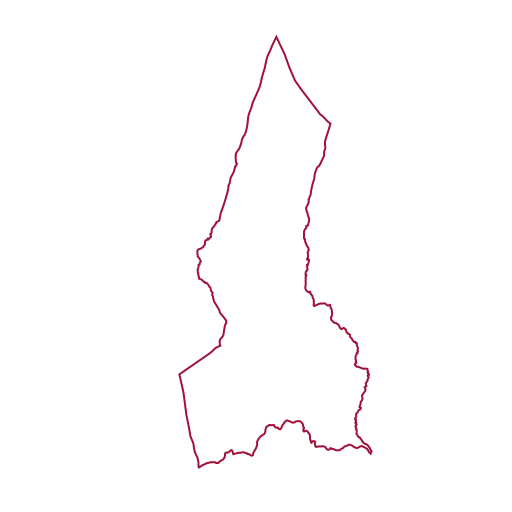 the district of Hai, Kilimanjaro, United Republic of Tanzania, rotated 351°
{"feature_id": "72390352B77483544974211", "entity_name": "Hai", "entity_type": "district", "adm_level": 2, "iso_a3": "TZA", "parent_name": "United Republic of Tanzania", "parent_adm1": "Kilimanjaro", "projection": "robinson", "projection_center": [37.242, -3.24], "detail": "fine", "context": "isolated", "style": "outline", "palette": "rose", "viewbox_px": 512, "rotation_deg": 351, "n_neighbors": 0, "source": "geoboundaries", "source_scale": "gbopen_adm2", "svg_char_len": 6153}
<svg xmlns="http://www.w3.org/2000/svg" viewBox="0 0 512 512"><g transform="rotate(351 256 256)"><path d="M166.3,456.6L166.3,456.3L170.1,454.3L172.5,453.8L174.1,453.1L179.8,452.6L180.7,453.0L183.1,453.2L184.1,454.1L186.1,454.6L188.9,452.8L191.6,451.8L193.1,450.5L194.0,448.8L194.6,446.3L195.1,445.7L195.8,445.5L198.1,445.7L201.1,443.8L201.8,444.2L202.3,445.4L202.6,448.2L207.7,447.6L210.7,448.0L211.6,447.7L212.9,447.9L216.7,449.8L216.6,450.1L218.4,450.8L219.2,451.8L220.2,452.4L221.3,452.5L221.8,452.2L222.4,450.2L226.0,445.8L227.6,442.7L228.0,439.6L228.4,439.0L230.5,436.4L232.5,434.8L234.0,434.0L236.1,433.3L236.6,432.8L237.6,431.1L238.3,428.9L239.5,426.3L242.1,425.4L242.7,424.9L244.6,425.5L247.2,425.7L247.6,426.9L248.3,428.3L249.2,428.8L250.5,428.8L251.7,430.5L252.9,430.9L253.8,430.3L255.4,427.5L256.8,426.3L257.8,425.1L259.8,423.5L260.9,423.2L263.4,424.5L266.0,426.3L267.8,426.4L269.6,425.6L272.1,425.7L273.6,426.1L274.6,426.9L275.9,429.2L276.1,430.3L275.9,431.7L276.5,433.1L276.5,433.7L275.5,434.8L275.5,436.3L275.7,436.7L276.2,436.9L277.3,436.4L277.9,436.4L279.4,437.2L279.7,438.3L280.8,439.9L281.0,440.6L281.2,442.5L280.7,444.7L281.3,449.0L281.7,449.2L282.7,448.0L283.5,447.8L284.2,447.8L285.1,448.4L285.3,449.0L284.7,450.9L284.9,453.3L285.2,453.8L285.6,454.0L288.2,453.9L290.6,454.3L291.8,454.1L294.6,455.5L295.4,457.5L296.8,458.7L298.6,458.4L299.7,457.4L301.1,458.5L302.4,458.8L304.2,460.3L307.2,460.9L308.5,460.8L310.0,459.8L312.2,459.2L313.7,457.8L315.6,457.9L317.9,456.9L319.0,457.0L321.3,458.3L323.3,460.4L325.6,461.4L326.4,461.5L328.7,460.5L330.6,460.2L332.8,461.6L335.7,464.0L336.9,467.3L338.3,469.2L338.8,468.0L339.6,467.3L338.6,464.9L338.3,463.3L337.1,461.0L336.0,459.4L334.4,458.7L333.0,457.6L332.7,456.4L331.8,455.8L331.8,454.8L330.2,451.6L329.9,451.2L329.1,451.1L328.5,450.2L328.2,448.8L327.4,447.4L328.3,443.7L327.5,442.6L328.2,441.6L327.5,439.8L329.0,438.2L328.9,437.9L328.2,437.1L329.1,436.2L329.0,435.9L328.4,435.7L329.2,433.5L329.1,433.2L328.4,433.1L328.3,432.8L328.7,431.4L329.4,431.0L330.0,430.2L330.0,427.8L331.9,426.2L333.2,424.4L334.6,424.1L335.8,422.8L335.8,422.2L334.7,421.6L334.6,421.1L336.1,418.6L336.6,416.6L338.7,414.4L339.0,410.1L342.8,406.3L343.3,404.7L342.8,402.6L344.7,401.8L344.4,399.2L345.2,398.0L346.5,397.1L346.7,395.6L348.3,393.8L348.1,392.7L347.7,392.5L347.5,391.9L348.0,391.2L348.4,391.0L348.7,391.2L349.1,390.9L349.1,390.3L348.3,389.5L348.0,388.7L348.3,388.1L348.7,387.9L348.2,387.0L348.5,385.5L348.1,384.8L345.9,384.2L344.7,384.3L341.7,382.7L340.0,381.6L338.0,381.0L336.6,378.8L336.7,378.3L338.0,377.6L338.4,377.0L337.9,375.8L338.5,374.8L338.2,373.3L338.6,370.8L339.6,369.1L340.4,368.4L340.6,367.5L340.9,367.5L340.7,367.2L341.8,366.2L341.5,364.9L342.3,363.1L341.6,359.5L341.9,358.0L340.9,357.6L340.8,356.4L339.5,356.3L339.0,355.6L337.9,353.5L337.8,352.7L336.2,350.4L336.4,348.5L336.0,347.8L334.7,347.2L334.2,346.1L333.5,345.4L333.2,342.6L332.3,342.0L331.9,341.1L331.5,340.8L330.7,340.9L329.3,341.5L328.6,341.4L327.8,340.1L326.6,336.6L325.5,335.8L324.7,334.8L322.7,334.1L320.4,330.9L320.2,330.3L320.4,329.4L320.3,328.5L321.5,327.2L322.3,324.0L322.3,320.3L321.6,318.2L321.5,315.9L319.2,316.2L318.6,315.9L317.4,314.3L316.1,313.4L314.2,313.4L312.4,313.0L310.4,313.2L305.7,314.6L305.2,313.2L305.7,312.1L306.2,308.1L305.5,306.1L305.5,304.2L304.3,302.4L303.8,299.7L303.4,299.8L303.2,300.3L302.8,300.4L300.5,298.4L299.8,296.7L299.7,295.0L300.7,291.6L301.1,288.2L301.5,287.3L301.4,285.9L302.1,284.1L301.9,283.0L302.1,282.6L302.7,282.9L302.8,282.6L302.2,281.7L302.2,280.9L302.9,279.1L304.1,278.4L304.2,277.8L304.7,277.5L304.9,275.9L304.6,274.7L305.0,273.8L305.0,272.7L305.4,272.6L305.8,272.9L307.8,268.7L307.3,267.4L306.0,267.6L305.8,267.1L306.9,265.8L307.3,264.6L307.7,260.3L309.0,258.5L309.0,257.2L308.8,255.6L308.3,254.9L307.3,252.4L307.5,251.5L307.0,250.6L306.8,249.3L307.0,248.7L306.8,247.3L307.0,246.9L306.4,246.5L306.2,245.9L307.1,239.9L307.6,238.8L308.5,237.2L310.3,236.0L310.2,235.1L310.5,234.1L312.0,234.0L313.6,230.3L314.3,228.2L314.3,227.1L313.7,224.6L313.5,221.3L312.9,219.7L313.1,219.1L312.9,216.5L313.9,214.9L315.0,213.7L315.8,212.5L315.8,212.0L316.4,211.5L316.7,209.5L316.7,208.5L317.2,208.1L317.8,206.6L319.4,204.4L321.0,199.2L322.9,194.3L325.6,188.8L326.7,184.7L328.7,180.5L330.6,177.8L332.2,177.0L332.9,176.4L338.8,167.9L339.8,163.0L340.4,162.3L341.5,160.1L341.5,157.6L342.0,154.0L342.8,152.0L348.4,140.9L350.2,136.9L347.7,134.2L345.3,130.6L343.2,127.7L341.6,126.2L326.4,97.9L322.0,88.9L318.5,75.2L315.8,61.2L310.4,42.8L305.0,50.5L302.4,54.9L298.6,60.5L296.9,64.1L294.2,71.3L289.6,80.9L287.6,86.3L285.6,90.4L276.4,104.6L275.4,107.2L271.7,113.8L270.1,117.2L267.9,125.5L265.7,131.3L263.7,134.7L262.5,135.7L260.5,138.5L258.8,142.9L256.0,147.7L254.5,148.9L252.2,151.6L251.7,153.0L252.0,153.8L251.3,154.8L250.9,160.1L251.0,160.8L251.7,161.8L250.6,163.6L250.1,163.6L249.7,164.0L249.3,164.5L249.3,165.3L248.6,166.0L248.2,167.4L247.1,169.6L243.1,175.0L241.4,180.0L239.7,182.3L239.6,183.8L237.6,189.1L232.9,198.9L227.8,208.4L225.3,215.2L225.0,215.5L222.1,216.4L221.7,217.6L220.6,218.4L219.7,219.8L218.6,220.4L218.1,221.1L216.9,222.0L216.2,223.9L215.9,225.7L214.4,227.2L214.3,227.6L214.7,228.3L214.4,229.1L214.5,230.2L212.7,231.1L211.7,232.1L211.1,231.3L210.6,231.6L210.2,232.5L208.5,232.8L207.8,234.2L207.3,236.7L206.0,237.8L205.5,238.6L203.1,239.9L200.0,240.5L199.0,241.5L198.5,244.5L198.4,247.3L199.8,249.6L200.6,252.5L200.5,253.0L199.2,254.2L199.0,255.6L197.9,255.8L197.6,257.6L196.8,259.5L196.2,260.2L196.3,261.0L195.9,263.0L196.4,264.0L195.9,265.2L196.4,267.5L196.1,269.1L196.2,269.5L198.4,270.6L200.2,273.1L201.1,273.4L201.7,274.8L202.6,274.7L203.0,274.9L204.4,276.9L204.8,278.5L206.1,280.3L206.1,283.2L207.4,285.8L206.6,287.4L207.1,289.1L207.1,290.9L207.5,294.4L210.6,301.9L211.2,303.6L211.6,306.6L214.3,311.0L216.3,314.8L216.3,317.1L216.2,317.6L215.4,318.2L214.2,320.4L211.3,329.2L210.5,330.3L208.0,332.3L207.0,333.5L206.4,337.5L206.8,339.0L202.2,340.3L200.4,341.3L197.9,343.2L194.9,345.0L161.8,360.9L163.0,379.0L162.4,402.0L163.0,417.6L163.0,423.6L164.8,431.4L164.7,437.2L165.0,440.6L166.6,445.8L166.9,450.6L166.3,455.2L166.3,456.6Z" fill="none" stroke="#9f1239" stroke-width="2"/></g></svg>